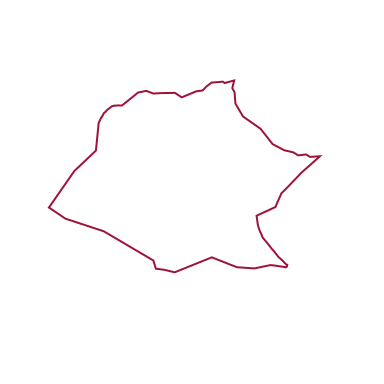 Darvi, Hovd, Mongolia, rotated 143°
{"feature_id": "93677404B97988329611123", "entity_name": "Darvi", "entity_type": "district", "adm_level": 2, "iso_a3": "MNG", "parent_name": "Mongolia", "parent_adm1": "Hovd", "projection": "robinson", "projection_center": [93.606, 47.084], "detail": "fine", "context": "isolated", "style": "outline", "palette": "rose", "viewbox_px": 384, "rotation_deg": 143, "n_neighbors": 0, "source": "geoboundaries", "source_scale": "gbopen_adm2", "svg_char_len": 1732}
<svg xmlns="http://www.w3.org/2000/svg" viewBox="0 0 384 384"><g transform="rotate(143 192 192)"><path d="M286.1,213.7L264.1,160.6L267.0,152.5L260.6,146.2L254.2,138.3L215.5,127.9L206.2,112.7L201.3,104.8L188.1,93.4L173.3,86.4L172.9,86.0L172.7,85.8L171.5,84.7L170.3,83.6L162.2,75.3L161.0,75.4L160.9,75.7L160.4,76.1L159.8,76.5L160.2,77.4L160.5,78.3L160.7,79.5L160.8,81.1L160.9,82.1L161.5,85.4L161.7,86.3L161.8,87.1L162.1,88.4L162.1,88.8L162.1,91.7L162.2,93.4L162.2,94.4L162.1,95.0L162.1,95.4L162.3,96.2L162.5,99.1L162.5,100.3L162.6,105.7L163.0,113.1L162.2,116.0L161.7,117.7L161.7,118.3L160.6,122.5L159.1,126.3L154.7,134.2L134.4,129.8L129.8,132.5L121.2,137.2L115.5,137.9L92.7,141.6L75.0,143.0L70.3,143.4L68.4,143.6L76.6,149.0L78.4,153.4L85.1,157.3L87.3,162.8L93.2,169.8L98.8,181.7L99.2,201.2L105.8,221.6L104.1,236.5L98.0,246.0L97.3,250.7L91.2,255.7L100.4,259.4L100.9,261.5L110.5,267.6L116.7,267.6L122.4,266.7L127.9,269.8L143.3,273.8L145.9,281.4L156.5,289.1L163.6,293.9L167.7,300.3L175.2,303.9L195.9,303.2L196.6,303.8L196.8,303.9L197.5,304.4L197.7,304.6L197.9,304.9L198.5,305.3L199.0,305.6L199.2,305.8L199.7,306.1L200.1,306.4L200.8,306.8L201.0,306.9L201.3,307.1L201.5,307.3L201.8,307.5L202.0,307.7L202.3,307.8L202.6,307.9L202.8,308.1L203.0,308.2L203.3,308.2L203.5,308.3L204.1,308.5L204.7,308.7L205.1,308.7L205.4,308.7L206.8,308.6L207.8,308.6L209.1,308.7L209.8,308.7L210.6,308.5L211.4,308.4L212.6,308.1L213.3,308.0L213.5,308.1L214.2,308.1L214.7,308.1L215.6,307.7L216.4,307.2L219.2,306.1L219.6,306.0L219.8,305.8L220.3,305.8L220.9,305.5L221.4,305.2L222.8,304.4L223.3,304.2L223.8,304.0L224.4,303.7L224.8,303.5L243.8,282.9L273.2,279.6L315.6,265.7L309.1,246.8L286.1,213.7L286.1,213.7Z" fill="none" stroke="#9f1239" stroke-width="2"/></g></svg>